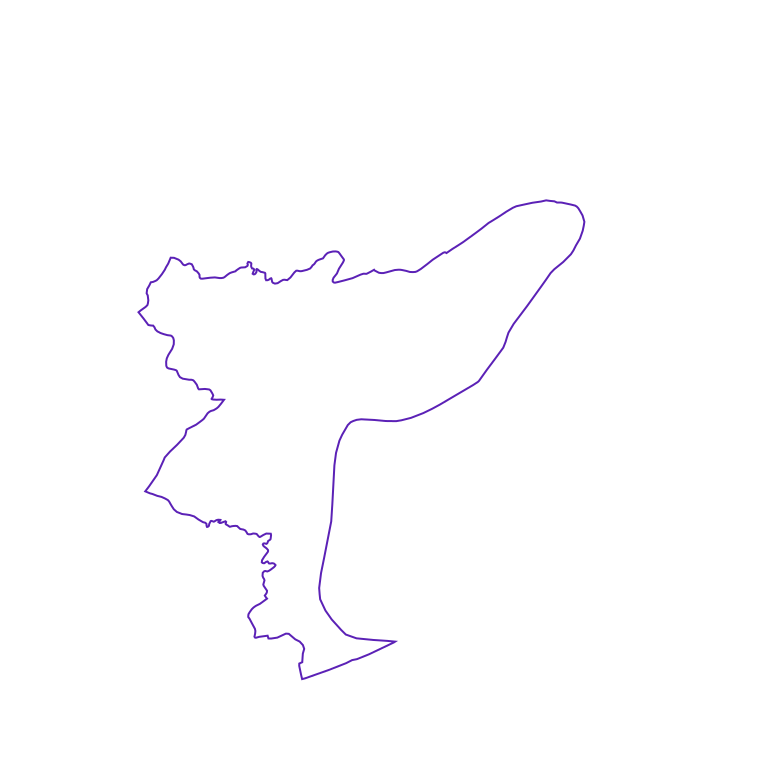 the district of Tam Nong, Phú Thọ, Vietnam, rotated 57°
{"feature_id": "81297802B6788314119837", "entity_name": "Tam Nong", "entity_type": "district", "adm_level": 2, "iso_a3": "VNM", "parent_name": "Vietnam", "parent_adm1": "Phú Thọ", "projection": "equal_earth", "projection_center": [105.235, 21.306], "detail": "fine", "context": "isolated", "style": "outline", "palette": "violet", "viewbox_px": 768, "rotation_deg": 57, "n_neighbors": 0, "source": "geoboundaries", "source_scale": "gbopen_adm2", "svg_char_len": 6165}
<svg xmlns="http://www.w3.org/2000/svg" viewBox="0 0 768 768"><g transform="rotate(57 384 384)"><path d="M606.1,515.0L601.2,521.2L592.9,532.3L582.3,545.6L573.3,552.5L566.8,553.9L553.0,556.1L542.1,556.5L529.8,554.8L525.1,552.4L519.8,549.5L508.3,539.8L497.3,529.0L470.5,503.1L456.8,492.9L425.2,469.9L415.6,461.7L407.2,452.2L403.7,446.6L398.7,436.7L397.9,432.8L398.3,429.9L399.2,426.4L401.2,422.3L408.9,411.7L416.0,402.7L421.8,394.0L423.9,389.2L427.1,379.8L429.8,366.9L431.0,357.2L431.7,348.5L432.5,330.2L433.4,309.9L433.4,304.1L433.1,302.6L428.2,290.2L423.3,276.9L418.5,264.2L414.9,259.1L411.9,255.6L408.7,251.6L404.2,242.5L396.6,221.6L387.7,198.7L384.8,191.4L381.7,183.9L380.5,178.7L379.3,167.3L377.0,156.6L375.2,152.5L372.3,147.5L368.8,140.5L363.7,133.9L360.2,130.4L357.1,127.6L350.8,125.7L346.0,125.4L342.4,125.3L340.2,125.7L338.4,126.6L335.2,129.6L328.6,136.2L326.0,140.1L323.6,141.6L320.9,145.0L318.3,148.0L316.5,152.9L312.8,160.9L309.4,169.8L307.0,176.2L306.4,179.9L306.1,187.6L306.2,196.4L306.0,205.9L305.9,208.6L306.8,217.6L307.3,225.3L308.1,240.5L308.1,245.5L308.0,253.1L308.2,260.3L307.2,260.7L306.6,261.4L306.2,262.8L306.3,275.4L307.0,282.4L307.6,290.5L307.5,294.8L307.1,296.6L305.9,298.8L304.1,301.3L301.2,303.8L298.7,306.3L297.3,307.8L296.1,309.5L294.3,312.9L291.6,321.4L290.6,324.2L289.4,326.0L287.9,327.7L283.6,330.1L282.8,330.1L282.6,333.9L282.1,338.6L280.3,341.2L279.5,344.1L278.1,352.7L275.6,360.6L273.5,366.8L272.4,369.8L271.7,370.7L270.2,371.2L268.8,370.4L267.4,368.4L265.7,363.3L262.8,359.0L259.7,352.2L258.5,350.3L257.7,349.8L254.5,350.0L250.2,350.2L248.5,350.4L247.3,351.4L246.3,352.6L245.0,354.8L243.9,357.9L243.5,359.5L243.5,360.9L244.0,363.2L245.4,366.7L244.4,370.6L244.1,372.5L244.2,374.2L245.3,376.8L245.5,377.7L245.6,379.4L246.2,380.6L246.9,383.0L246.3,386.4L244.5,391.6L243.6,393.1L241.7,395.0L241.2,395.9L241.6,398.4L243.7,404.4L244.2,408.5L243.4,409.5L242.4,410.6L241.7,411.9L241.5,414.5L241.5,418.3L240.4,420.8L238.7,422.0L237.8,422.2L236.7,421.9L234.4,421.0L233.9,421.0L233.6,421.9L233.8,423.9L233.5,425.2L232.8,426.3L231.0,426.0L228.2,424.3L226.6,423.3L225.9,423.3L224.1,424.9L222.8,426.3L221.3,426.9L218.9,427.6L218.3,428.1L218.4,428.7L220.5,429.8L221.4,431.6L221.5,432.7L221.0,433.7L220.0,434.1L218.7,432.4L217.7,430.9L217.0,430.5L216.0,430.8L215.3,431.7L213.4,431.5L212.4,431.0L210.8,429.7L210.5,429.6L209.7,429.7L209.1,430.1L208.3,430.7L207.7,431.4L208.5,432.9L209.9,433.3L210.6,434.3L210.5,436.9L208.5,440.4L208.2,441.5L208.2,443.6L208.3,446.2L208.3,446.3L208.6,447.1L207.4,451.1L207.0,453.1L207.1,455.9L207.5,459.5L207.4,460.8L206.6,462.7L205.6,464.2L202.5,467.8L200.3,471.7L198.1,476.2L197.0,478.5L196.4,479.5L195.9,480.2L194.7,480.6L193.8,480.4L192.0,479.3L190.4,479.2L187.6,479.6L185.4,480.8L184.2,481.0L182.5,480.4L181.5,480.2L178.9,480.0L177.6,481.0L176.8,481.8L176.4,483.8L176.3,485.2L176.0,486.3L174.8,487.3L173.5,487.5L170.4,487.7L167.8,488.6L163.8,491.4L161.9,494.1L165.5,499.4L167.4,503.3L168.8,505.6L170.9,510.4L172.7,515.7L173.2,518.2L173.0,520.0L172.6,522.1L171.7,524.2L173.5,527.1L175.4,530.9L177.5,532.7L178.7,533.7L181.0,533.9L185.5,536.1L187.9,538.2L189.0,539.5L189.5,541.9L189.8,548.1L190.1,550.8L198.4,550.0L206.2,549.5L207.9,547.7L208.6,546.8L209.3,545.8L211.4,545.6L213.8,546.0L216.5,545.4L218.0,544.5L219.5,543.7L222.3,541.5L225.1,539.0L227.3,536.4L228.7,535.8L230.7,535.7L233.0,536.5L236.2,538.7L239.1,542.5L242.1,548.9L244.2,552.2L246.7,554.6L250.2,556.7L252.0,557.0L253.5,556.3L257.8,552.0L259.2,550.9L260.0,550.6L264.5,551.4L267.1,551.4L269.9,549.9L274.3,545.1L275.7,543.0L277.1,541.9L279.0,541.6L282.7,541.4L286.6,542.3L287.7,542.1L290.6,536.9L292.6,534.5L293.5,533.5L294.8,533.0L298.3,533.1L300.5,533.4L301.7,534.9L302.6,536.7L303.1,536.6L304.0,535.7L306.0,533.0L308.1,529.5L310.1,526.8L311.8,531.5L313.0,535.3L313.3,537.4L313.3,538.7L313.2,541.1L312.4,543.7L312.2,545.5L312.5,547.9L313.5,550.3L315.0,553.9L315.3,556.0L315.5,558.8L315.8,563.7L315.0,570.9L314.7,574.2L315.2,575.0L316.2,575.9L318.5,578.3L320.0,581.2L322.3,590.6L324.1,600.2L326.2,607.9L328.0,610.5L336.7,624.1L341.9,636.8L344.0,642.7L348.4,639.7L350.0,638.2L354.3,635.1L357.5,632.1L360.6,630.1L363.6,628.5L365.5,628.2L368.5,628.4L371.0,628.5L374.6,628.5L378.5,627.4L381.3,625.4L382.9,624.3L383.8,623.3L385.7,621.0L388.1,618.3L391.7,615.3L396.6,613.4L401.2,611.1L403.1,609.4L404.7,609.1L406.2,610.0L407.4,610.3L407.8,609.7L407.6,608.1L406.2,606.8L404.6,604.1L404.7,603.5L405.5,602.7L406.8,601.7L406.9,600.5L406.9,598.7L407.5,597.0L408.1,596.2L408.9,595.2L409.4,595.8L409.2,597.4L409.5,598.1L411.1,597.5L411.7,596.4L412.4,593.2L412.8,591.7L413.7,591.5L415.0,593.0L415.6,593.0L417.6,592.0L419.6,591.2L420.0,590.5L420.4,589.1L421.2,587.4L422.1,585.8L423.2,584.5L425.1,584.1L427.3,583.5L429.6,581.1L431.3,580.1L433.2,580.0L435.4,580.1L436.4,579.3L436.9,578.5L437.5,577.5L438.1,575.2L439.2,573.7L440.4,572.5L443.5,572.1L444.5,571.7L444.8,571.0L444.9,567.5L445.3,564.2L447.9,560.5L449.2,561.0L451.6,563.0L452.4,563.8L452.6,565.0L452.5,566.5L454.0,568.7L454.0,569.7L452.6,571.0L452.1,572.0L452.5,573.0L453.8,573.3L454.9,573.1L457.9,572.0L459.9,571.7L460.9,572.1L461.6,573.0L462.4,575.2L463.6,578.5L465.4,582.3L467.0,583.6L468.0,583.3L468.7,582.6L469.1,582.0L469.0,579.6L469.4,578.3L469.8,578.2L471.8,578.2L472.4,577.5L472.9,576.6L473.1,575.9L473.5,575.2L474.5,574.2L475.1,573.9L476.8,573.6L477.3,574.5L477.7,576.1L478.0,580.4L478.0,582.2L477.7,583.9L476.1,585.5L475.8,586.5L476.3,588.5L478.8,590.4L480.6,590.8L482.3,590.8L483.6,591.2L486.4,594.4L487.7,594.8L493.7,594.7L494.9,595.7L495.2,596.1L495.8,597.3L496.5,599.2L498.4,599.2L500.3,599.0L500.8,607.8L500.3,611.9L500.3,613.5L500.4,615.2L500.9,617.6L502.2,620.9L503.3,623.1L504.9,624.4L505.7,624.8L507.4,624.6L512.9,625.1L519.1,625.6L521.1,626.4L523.0,627.9L525.4,630.3L526.6,630.2L527.1,629.5L528.1,626.3L531.7,618.7L534.5,619.5L535.5,618.1L536.1,617.1L538.6,611.6L539.9,602.3L540.9,600.9L541.7,599.9L549.8,597.5L554.1,595.0L558.8,594.2L562.7,595.2L565.9,598.9L572.8,604.1L572.3,607.3L574.2,608.6L582.7,611.9L586.9,613.4L587.9,610.4L590.4,600.0L593.7,586.3L597.5,567.8L598.2,561.1L600.0,556.6L602.5,543.9L606.1,516.6L606.1,515.0Z" fill="none" stroke="#5b21b6" stroke-width="2"/></g></svg>